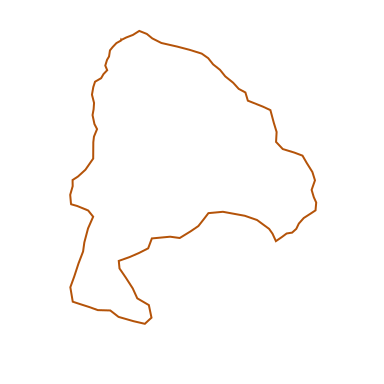 the district of Agios Mamas, Limassol, Cyprus, rotated 16°
{"feature_id": "46923920B94554564075534", "entity_name": "Agios Mamas", "entity_type": "district", "adm_level": 2, "iso_a3": "CYP", "parent_name": "Cyprus", "parent_adm1": "Limassol", "projection": "albers", "projection_center": [32.945, 34.847], "detail": "fine", "context": "isolated", "style": "outline", "palette": "amber", "viewbox_px": 384, "rotation_deg": 16, "n_neighbors": 0, "source": "geoboundaries", "source_scale": "gbopen_adm2", "svg_char_len": 1466}
<svg xmlns="http://www.w3.org/2000/svg" viewBox="0 0 384 384"><g transform="rotate(16 192 192)"><path d="M81.9,65.1L81.9,66.1L78.3,69.7L75.8,74.5L74.1,78.5L74.9,84.6L73.9,88.4L73.8,94.4L76.9,98.3L74.4,103.1L73.3,107.6L68.4,112.7L68.2,118.3L69.0,126.0L73.3,133.4L74.6,139.5L75.2,145.5L79.5,153.6L83.4,157.7L82.5,165.8L83.4,171.3L87.8,187.1L83.4,200.0L78.1,208.6L73.9,213.4L75.7,219.3L75.7,228.3L78.7,236.1L79.2,237.1L85.5,237.1L97.3,238.4L103.8,243.0L102.1,255.7L102.4,270.1L103.7,279.2L102.6,291.9L102.1,305.7L101.3,317.1L107.6,330.3L109.6,330.4L115.0,330.6L124.9,330.9L134.0,331.5L146.1,328.4L155.8,332.3L171.5,332.3L183.0,331.7L186.2,326.4L187.7,324.0L181.7,312.6L168.7,309.3L161.6,301.0L151.9,292.5L143.4,285.5L140.6,278.4L150.0,271.7L158.0,265.1L165.4,258.2L166.2,247.7L183.3,241.0L192.9,239.6L201.5,230.2L207.5,223.0L210.9,214.7L213.6,207.8L227.2,202.5L249.3,200.3L262.2,201.0L276.3,206.2L280.9,209.9L286.2,216.1L290.9,210.4L294.4,205.8L298.0,204.1L299.4,203.5L302.4,198.7L303.4,192.9L306.6,186.2L312.2,179.8L315.8,175.6L314.3,167.9L310.5,163.4L306.4,157.0L307.0,146.9L302.2,139.6L294.1,132.3L288.2,126.6L279.5,125.9L267.4,125.7L259.0,120.7L256.8,111.0L251.6,103.0L244.8,91.7L236.6,90.4L220.5,88.8L215.9,81.6L208.5,80.0L201.4,75.6L192.1,71.7L185.3,66.9L177.1,63.5L170.7,58.9L163.2,56.3L150.4,56.0L137.7,56.3L128.7,56.8L121.5,57.2L111.5,55.3L105.0,52.5L96.9,51.7L91.9,57.3L86.2,61.6L82.2,65.3L81.9,65.1Z" fill="none" stroke="#b45309" stroke-width="2"/></g></svg>